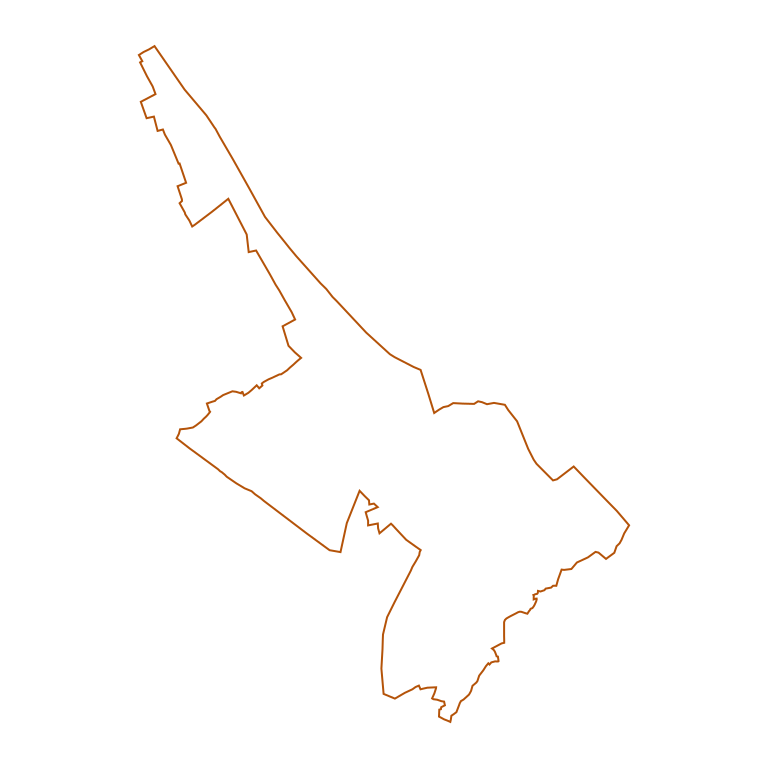 Dala, Kano, Nigeria (Natural Earth projection)
{"feature_id": "59680162B56865757670534", "entity_name": "Dala", "entity_type": "district", "adm_level": 2, "iso_a3": "NGA", "parent_name": "Nigeria", "parent_adm1": "Kano", "projection": "natural_earth1", "projection_center": [8.494, 12.03], "detail": "fine", "context": "isolated", "style": "outline", "palette": "amber", "viewbox_px": 768, "rotation_deg": 0, "n_neighbors": 0, "source": "geoboundaries", "source_scale": "gbopen_adm2", "svg_char_len": 3896}
<svg xmlns="http://www.w3.org/2000/svg" viewBox="0 0 768 768"><path d="M154.5,46.1L149.0,49.4L143.6,52.0L138.9,55.0L142.3,61.2L140.1,62.4L146.9,76.1L152.7,86.5L155.5,94.1L140.8,101.8L146.6,118.2L153.9,116.6L157.6,130.9L162.9,129.5L164.9,134.6L170.9,145.0L178.6,163.7L179.6,163.5L182.6,172.4L186.1,182.8L177.6,186.2L181.9,199.3L182.0,201.0L179.6,203.2L184.8,212.5L185.3,214.4L189.4,220.6L192.2,226.5L194.6,224.9L211.8,211.9L228.3,198.8L246.7,234.5L248.7,252.1L256.1,250.5L270.0,274.5L275.6,284.7L279.2,290.3L284.9,300.5L291.7,312.2L295.1,319.5L282.6,326.3L288.5,345.8L294.9,352.4L298.9,355.9L301.1,357.9L298.5,360.0L296.1,362.1L293.2,364.8L289.8,367.7L287.2,370.2L282.8,373.2L281.1,374.3L279.4,374.4L271.7,378.0L268.6,379.3L263.7,382.0L261.8,383.5L262.3,385.2L262.4,385.5L259.2,388.3L258.4,387.3L256.7,385.3L251.7,390.0L249.1,392.2L248.4,392.8L243.9,395.5L243.4,394.3L242.5,392.0L241.6,392.2L241.2,392.9L241.0,393.3L238.7,392.6L236.1,391.8L232.4,391.3L223.1,395.1L220.6,396.8L216.5,399.2L215.0,400.9L212.0,401.8L206.9,403.5L209.4,410.9L210.1,411.8L209.5,412.6L207.5,415.1L207.3,415.3L206.1,416.6L203.8,418.7L201.5,421.2L196.1,425.4L192.9,427.5L187.0,428.6L185.4,428.8L184.3,428.9L180.1,429.3L178.9,433.8L177.5,436.6L176.6,438.3L189.6,448.4L218.0,469.2L220.2,471.3L221.7,472.1L222.5,472.8L224.7,474.6L226.7,476.7L236.3,483.3L244.6,488.3L251.6,491.2L255.1,494.3L260.8,498.3L264.0,501.0L306.8,533.5L329.6,550.2L340.5,552.1L346.8,523.1L359.6,490.8L364.8,496.2L369.0,500.3L369.3,504.5L373.9,503.6L377.7,507.1L365.7,512.2L366.8,516.2L368.1,520.6L368.1,525.4L377.8,523.5L378.1,528.3L379.5,533.3L391.0,523.7L392.6,525.2L395.8,528.7L406.2,539.8L416.0,546.8L420.7,550.1L419.7,552.0L419.2,555.2L415.8,561.3L412.4,566.9L410.8,570.7L397.7,596.1L394.4,602.5L387.1,617.2L383.0,634.5L382.8,639.2L382.5,649.2L381.4,668.6L383.6,693.9L394.9,698.6L404.9,692.8L412.4,689.3L415.6,687.0L418.9,685.6L420.5,689.3L422.9,688.7L427.4,687.7L433.6,687.4L436.1,687.3L436.0,688.3L434.4,693.3L432.1,698.4L433.4,699.2L437.1,699.7L441.5,701.2L444.1,701.6L444.9,705.3L441.2,707.2L440.9,709.2L439.3,709.6L439.0,716.6L441.1,717.7L444.0,719.3L447.1,720.5L449.2,721.4L450.3,721.9L450.8,719.8L451.4,715.7L453.4,714.4L456.4,712.2L459.4,704.3L459.7,703.3L460.3,702.3L460.8,701.2L463.6,699.5L469.0,694.6L470.1,692.7L471.1,690.8L472.5,685.8L476.4,682.5L476.4,682.4L477.4,681.1L479.2,675.6L483.3,670.3L485.9,666.2L488.3,663.3L489.5,664.5L491.3,662.4L495.0,661.4L498.0,661.5L498.3,661.3L498.5,661.2L498.5,660.6L497.9,656.6L496.6,656.3L496.2,655.0L495.8,654.0L495.5,653.2L495.1,652.2L494.8,651.5L493.8,650.0L492.0,648.5L501.6,643.4L504.2,642.8L504.2,640.1L504.1,635.9L504.1,622.1L504.2,621.9L504.9,620.0L506.4,618.5L508.6,617.2L510.6,616.1L515.5,613.6L516.1,613.3L517.9,612.3L519.7,611.7L521.3,611.8L525.5,613.2L527.4,613.7L528.4,612.1L529.1,611.0L529.8,610.3L530.6,608.8L532.4,608.1L533.7,606.4L534.5,605.0L536.1,601.5L536.7,599.4L536.6,598.6L535.5,598.7L533.7,599.4L533.7,597.3L533.8,596.4L533.7,596.0L533.4,595.0L534.3,594.8L535.0,594.3L537.2,593.8L537.8,592.9L538.0,590.9L540.5,591.5L544.4,590.2L545.7,588.6L551.1,587.6L553.0,585.8L554.2,585.7L556.3,585.8L558.1,579.3L561.6,569.6L564.1,569.9L571.4,569.0L576.9,562.5L587.9,557.4L595.5,551.9L598.5,552.6L606.0,558.9L614.3,552.8L616.6,546.2L619.6,543.3L621.5,539.9L624.2,533.4L629.1,525.3L616.8,510.9L607.6,501.5L583.5,476.7L573.7,466.5L557.0,479.3L553.0,480.4L536.5,463.8L533.7,459.7L528.2,448.9L517.1,421.3L508.2,410.0L504.9,404.8L494.0,402.9L487.0,404.2L482.1,402.2L478.1,401.3L474.1,403.9L462.7,403.6L453.2,403.1L448.2,406.1L443.4,407.1L439.0,409.7L434.2,413.0L428.3,393.8L420.6,369.9L413.7,367.0L394.7,357.2L389.9,354.2L366.2,332.6L336.8,301.2L332.5,296.9L326.3,289.0L320.5,283.3L296.3,256.2L289.4,247.9L283.5,240.5L277.2,232.7L265.0,216.9L248.6,187.2L233.1,159.6L219.8,136.8L215.5,128.8L214.4,127.4L206.4,115.4L184.6,89.6L154.5,46.1Z" fill="none" stroke="#b45309" stroke-width="2"/></svg>